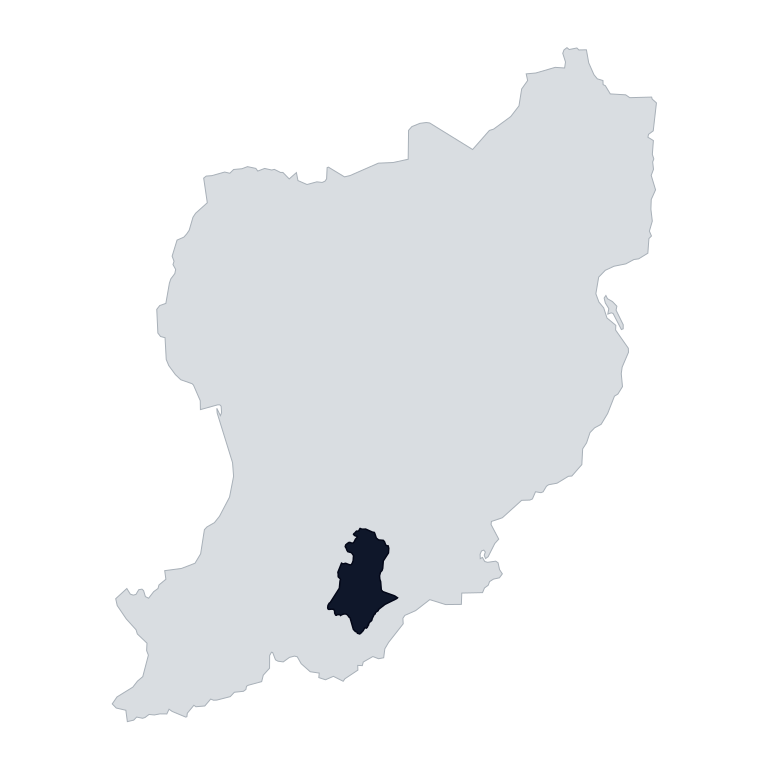 location of Lorestan within Iran, rotated 269°
{"feature_id": "IRN-3220", "entity_name": "Lorestan", "entity_type": "Province", "adm_level": 1, "iso_a3": "IRN", "parent_name": "Iran", "parent_adm1": "", "projection": "albers", "projection_center": [48.245, 33.479], "detail": "fine", "context": "in_parent", "style": "filled", "palette": "ink", "viewbox_px": 768, "rotation_deg": 269, "n_neighbors": 0, "source": "natural_earth", "source_scale": "10m", "svg_char_len": 5759}
<svg xmlns="http://www.w3.org/2000/svg" viewBox="0 0 768 768"><g transform="rotate(269 384 384)"><path d="M361.6,200.0L370.5,200.0L386.2,193.5L387.6,192.2L391.8,180.9L397.0,175.6L406.2,169.1L412.3,166.7L434.1,165.9L435.4,161.4L438.9,158.8L462.6,158.1L466.4,161.2L468.4,167.3L488.6,171.2L492.8,172.7L498.1,176.8L502.2,177.7L507.1,175.1L510.4,176.2L515.5,174.4L531.5,179.6L534.3,186.4L537.4,189.3L541.1,191.9L554.0,195.9L558.0,198.6L568.3,210.5L593.0,207.3L595.0,209.9L595.3,215.4L598.7,228.4L597.4,233.5L601.1,237.4L601.7,245.7L603.7,251.3L601.8,259.6L599.1,261.5L601.6,268.4L599.9,275.5L600.5,278.1L597.3,284.3L597.3,286.6L590.7,292.8L596.9,300.1L588.9,301.5L584.8,310.5L587.3,320.4L586.6,325.7L587.8,328.5L590.1,330.2L601.3,330.9L601.8,332.2L591.8,348.1L593.0,353.7L604.9,382.2L605.3,397.1L608.3,412.1L637.2,413.0L640.9,416.4L644.0,424.5L644.7,430.8L644.2,434.2L616.9,476.7L635.7,493.8L636.9,498.0L649.2,515.4L659.7,523.8L676.6,526.8L684.9,532.9L691.6,531.6L692.3,541.2L697.6,560.7L696.8,570.1L702.8,571.1L711.5,568.5L714.9,569.8L717.1,572.8L715.2,575.0L716.6,582.7L714.6,584.7L714.6,592.2L701.5,594.3L689.6,599.3L685.4,602.6L683.6,608.2L679.5,608.3L678.4,610.5L670.1,615.3L668.9,630.7L666.0,634.7L666.2,656.6L664.2,657.1L660.3,661.3L632.4,657.6L629.0,652.8L626.1,652.2L622.7,657.6L608.9,656.3L604.3,657.7L601.3,656.5L594.0,657.2L587.9,654.8L573.4,658.9L563.8,654.4L554.1,653.9L542.2,655.1L532.2,652.0L527.3,654.0L524.8,651.4L510.2,650.1L504.7,640.8L504.1,636.0L499.9,627.9L497.7,615.9L493.8,607.2L487.1,600.5L470.5,597.4L462.2,600.3L456.3,605.0L446.1,608.1L438.6,616.8L433.9,616.5L415.5,628.9L411.4,629.0L396.7,622.4L390.2,621.4L377.2,622.4L369.9,617.7L367.8,614.2L350.6,607.1L339.9,600.4L336.5,593.8L331.8,589.1L321.6,585.5L315.7,581.5L300.0,580.4L288.7,570.2L288.5,566.7L281.8,555.3L280.4,546.8L278.9,544.6L273.4,541.2L272.6,539.0L273.6,533.6L266.5,530.4L265.4,527.8L265.3,519.6L248.2,500.0L244.7,489.0L241.6,488.6L226.9,496.0L222.6,492.0L209.5,485.1L207.7,482.5L211.0,481.2L214.2,482.4L216.2,480.9L215.3,478.5L212.1,477.1L207.7,477.2L208.9,479.4L204.8,481.6L203.9,484.4L204.9,492.6L203.3,494.9L196.4,496.3L192.1,499.0L188.2,496.0L187.0,490.0L184.6,486.1L181.0,484.7L178.3,480.9L173.7,478.9L173.6,458.1L162.3,457.5L162.4,441.7L167.6,426.0L156.9,411.7L152.3,400.8L149.4,398.8L143.9,399.0L125.6,384.1L119.2,380.2L110.3,378.9L109.4,373.8L111.7,368.1L107.6,360.6L106.4,358.4L102.8,357.4L103.1,352.8L98.4,352.9L90.0,339.8L87.5,338.0L92.6,328.3L89.3,320.3L91.6,313.7L96.1,314.2L97.6,305.2L105.8,296.3L112.8,292.5L113.5,289.7L112.3,284.7L107.9,278.4L108.7,273.2L110.1,270.7L117.5,268.0L117.8,266.8L114.5,264.9L101.8,264.6L95.0,258.2L88.6,256.5L85.1,242.8L84.1,241.2L81.0,240.6L79.2,238.1L78.4,229.0L74.1,224.8L70.9,211.4L70.8,208.1L72.0,205.2L65.2,199.2L64.6,190.3L66.1,188.3L58.3,181.6L54.8,181.1L54.4,180.0L60.3,166.5L62.6,163.4L57.9,161.1L58.1,154.3L57.1,148.6L57.7,143.3L54.7,139.2L54.0,136.8L55.3,130.9L52.3,127.9L50.9,121.5L62.3,120.2L64.7,110.6L68.9,106.7L75.8,111.6L85.3,127.6L91.2,132.3L95.6,137.7L117.0,143.7L121.6,142.0L129.0,142.5L138.4,133.0L142.6,131.8L153.6,122.2L167.1,113.4L174.0,112.0L184.0,123.3L178.3,126.7L177.3,129.6L177.9,132.3L182.6,135.2L183.1,138.4L181.6,140.0L175.6,141.7L173.9,144.9L180.4,150.1L183.5,154.5L187.0,155.5L192.6,162.5L201.2,161.5L203.1,178.2L208.1,191.9L217.4,197.7L241.5,201.9L244.2,204.5L248.3,212.0L254.6,217.2L273.6,227.6L294.3,232.0L308.0,231.2L357.9,216.7L362.6,216.4L355.2,219.9L358.1,221.1L364.6,220.8L366.0,219.5L366.1,217.4L361.6,200.0ZM465.4,608.9L462.4,613.9L457.7,618.2L453.8,617.3L439.1,624.2L435.0,624.1L434.3,622.3L450.5,614.3L451.2,612.5L450.0,609.0L455.4,610.1L461.2,606.7L466.1,605.6L468.6,607.4L465.4,608.9Z" fill="#d9dde1" stroke="#a8b0b8" stroke-width="1"/><path d="M240.0,357.6L239.3,359.2L239.2,361.4L239.3,363.1L236.1,369.9L235.9,370.9L235.8,371.6L235.0,372.1L230.1,373.6L228.2,375.9L227.7,380.6L226.2,381.8L223.5,382.7L222.7,383.2L222.3,384.0L222.1,385.0L222.1,385.3L219.7,385.9L215.0,385.5L207.1,380.2L199.7,379.5L197.6,378.8L195.9,377.2L192.4,376.2L188.9,376.4L186.5,377.2L178.3,377.7L176.5,379.1L171.9,391.1L170.0,393.8L169.6,393.4L169.0,392.5L163.6,381.1L159.7,375.9L158.6,374.6L158.1,374.4L157.5,374.2L157.1,373.7L156.4,372.5L155.6,371.5L155.3,371.3L154.8,371.3L154.3,371.2L154.2,370.7L153.8,370.2L149.7,368.1L148.3,367.8L147.5,367.3L146.9,366.6L146.9,366.1L146.3,365.8L144.7,364.5L144.5,364.4L144.3,364.2L144.1,364.1L143.8,364.2L143.7,364.4L143.2,364.3L143.1,364.1L143.1,363.9L141.8,363.4L141.2,363.1L140.8,362.8L140.3,362.2L140.2,361.9L140.6,361.2L140.7,360.8L140.6,360.4L140.2,360.3L138.4,359.2L137.7,358.9L136.9,357.8L135.8,357.2L135.1,355.9L134.6,355.6L134.5,355.3L135.1,353.7L135.2,353.1L135.8,352.9L136.3,352.8L137.1,351.0L139.2,349.1L150.8,346.0L151.5,345.0L153.3,343.8L154.1,343.0L154.6,342.1L154.8,340.8L154.5,338.9L153.7,337.1L153.3,336.5L153.9,336.1L154.3,335.3L154.2,335.0L154.2,334.6L154.3,333.8L154.2,333.4L154.1,333.0L153.8,332.8L153.6,332.5L153.6,332.1L153.8,331.6L155.7,330.7L158.0,330.6L159.6,329.7L159.8,327.5L159.6,325.3L159.7,324.5L160.3,324.0L161.3,323.8L163.5,324.1L164.3,324.5L165.8,325.4L166.4,326.4L180.6,335.8L187.9,336.6L189.1,337.1L190.1,336.8L191.8,335.0L192.7,334.8L194.4,334.9L196.6,334.6L205.6,338.4L205.1,339.3L204.9,340.6L205.3,341.7L205.4,342.6L204.1,345.7L203.9,346.5L203.7,347.5L204.1,348.3L205.8,349.3L208.0,350.1L211.8,350.4L212.7,350.7L215.3,349.0L216.0,348.3L217.0,344.9L218.5,344.0L220.3,343.4L222.0,342.4L223.8,342.9L225.3,344.7L226.2,346.2L226.2,347.3L225.7,348.4L225.4,349.6L225.7,350.5L226.8,351.5L229.3,352.7L230.5,353.9L231.5,354.7L232.3,354.1L232.5,353.1L233.1,351.8L234.3,350.9L235.0,351.4L235.6,352.3L236.6,353.1L237.4,353.9L237.3,355.0L237.6,356.2L239.7,357.3L240.0,357.6Z" fill="#0f172a" stroke="#020617" stroke-width="1.5"/></g></svg>